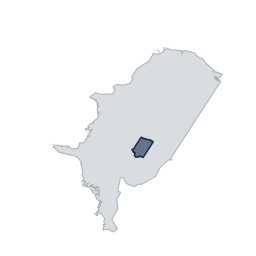 where Iowa sits in United States of America, rotated 123°
{"feature_id": "USA-3529", "entity_name": "Iowa", "entity_type": "State", "adm_level": 1, "iso_a3": "USA", "parent_name": "United States of America", "parent_adm1": "", "projection": "natural_earth1", "projection_center": [-94.248, 41.94], "detail": "fine", "context": "in_parent", "style": "filled", "palette": "slate", "viewbox_px": 256, "rotation_deg": 123, "n_neighbors": 0, "source": "natural_earth", "source_scale": "10m", "svg_char_len": 6040}
<svg xmlns="http://www.w3.org/2000/svg" viewBox="0 0 256 256"><g transform="rotate(123 128 128)"><path d="M200.7,92.7L213.8,91.6L218.3,82.1L223.3,83.8L224.0,89.6L227.2,93.5L222.4,94.9L222.2,96.0L221.3,94.6L220.2,96.9L216.5,98.5L214.3,104.4L216.7,106.9L218.1,106.6L217.7,105.5L218.2,106.0L218.4,107.2L214.2,108.0L213.3,106.7L213.0,108.5L208.2,108.9L204.6,111.3L204.9,109.9L204.5,109.1L203.7,112.2L204.8,112.8L204.6,115.5L202.3,118.9L199.6,116.8L201.1,114.6L199.4,116.1L200.2,118.5L201.4,119.9L201.6,121.5L198.8,127.1L199.6,123.5L197.0,120.2L198.4,116.7L196.0,117.8L197.1,123.0L194.7,121.4L193.9,121.5L194.6,119.9L194.5,119.4L193.8,120.7L193.8,121.8L197.5,123.8L196.7,124.7L195.0,122.9L194.4,122.6L196.5,124.8L197.4,125.2L197.0,126.5L195.8,125.5L197.6,127.5L197.2,127.8L196.3,126.8L194.1,126.3L196.9,128.2L198.7,128.1L200.6,132.9L198.9,129.2L199.5,131.6L196.2,131.1L198.7,133.5L199.8,132.8L198.4,135.0L195.3,134.2L197.2,135.4L195.6,136.4L197.6,137.2L194.1,137.7L192.5,141.2L189.2,142.2L183.2,148.5L182.4,147.8L180.2,153.7L180.1,155.1L181.2,159.6L186.0,172.8L184.6,179.7L182.3,180.1L180.0,176.4L179.5,173.3L176.2,169.7L177.2,168.1L175.6,168.2L176.2,163.6L172.3,159.0L166.4,160.1L165.3,157.4L159.5,157.1L160.2,156.1L159.2,157.1L156.6,157.6L156.6,155.6L156.1,157.0L148.2,157.4L151.6,158.4L150.4,160.3L153.0,162.2L151.7,163.2L148.8,160.7L148.6,162.6L144.7,161.8L142.5,159.4L141.2,160.6L135.4,158.7L132.1,161.4L132.9,160.6L131.1,160.0L130.2,163.2L126.7,165.3L127.5,164.7L125.2,164.4L126.0,165.5L123.3,166.9L122.3,170.5L121.1,169.9L122.1,170.9L122.3,174.2L123.3,176.2L122.5,176.9L116.1,174.4L114.7,169.5L108.0,159.8L104.5,159.2L101.1,163.1L97.0,160.5L95.3,156.1L89.9,150.8L83.5,150.8L83.4,152.8L73.2,152.8L60.2,146.6L51.5,147.4L50.5,144.1L47.0,140.9L39.5,138.4L39.7,136.0L34.0,125.3L34.3,124.2L35.5,125.6L34.9,123.3L37.7,123.1L32.4,123.4L28.8,113.4L30.2,108.2L29.3,102.3L31.1,98.4L32.9,87.5L35.5,87.8L32.7,87.2L33.8,84.3L32.8,84.3L31.7,78.2L38.1,79.2L36.4,82.5L38.8,80.2L38.3,82.9L36.7,83.5L37.8,83.6L39.1,82.5L39.8,79.8L38.5,75.6L130.9,75.6L130.9,74.0L132.7,76.6L143.1,79.6L153.7,78.5L168.2,86.1L168.9,88.1L173.9,91.2L175.6,99.0L172.4,105.2L174.1,107.2L186.5,102.3L185.9,99.4L187.0,98.9L193.9,98.7L200.7,92.7ZM209.7,110.2L211.8,109.9L204.5,111.8L210.5,109.5L209.7,110.2ZM38.7,78.2L39.4,79.9L39.3,80.1L38.2,78.9L38.7,78.2ZM123.2,175.6L122.4,172.7L122.5,171.0L122.6,172.8L123.2,175.6ZM222.9,95.1L222.9,96.0L222.6,95.8L222.9,95.1ZM142.6,160.2L142.7,160.9L142.1,160.4L142.6,160.2ZM42.3,141.1L43.2,140.7L43.3,140.8L42.3,141.1ZM41.4,140.9L41.0,141.3L40.7,140.9L41.4,140.9ZM216.1,108.2L215.6,108.7L215.4,108.6L216.1,108.2ZM123.0,169.5L122.5,170.8L123.7,168.3L123.0,169.5ZM184.6,168.4L185.5,171.0L184.4,168.2L184.6,168.4ZM46.7,143.3L47.0,144.0L46.6,143.3L46.7,143.3ZM185.0,180.1L184.3,181.0L185.4,179.2L185.0,180.1ZM200.9,134.6L200.2,135.6L200.7,133.2L200.9,134.6ZM38.0,76.8L37.9,77.3L37.6,77.0L38.0,76.8ZM126.0,166.0L124.8,166.6L126.1,165.8L126.0,166.0ZM218.2,108.4L218.2,109.1L217.5,108.9L218.2,108.4ZM46.5,145.2L46.8,146.1L46.4,145.3L46.5,145.2ZM124.5,167.1L124.0,167.4L124.4,166.9L124.5,167.1ZM201.4,122.5L200.6,123.9L201.5,122.0L201.4,122.5ZM131.7,162.0L130.9,162.5L132.1,161.6L131.7,162.0ZM180.4,154.4L180.3,155.4L180.2,154.7L180.4,154.4ZM197.9,137.4L197.6,137.6L198.4,136.8L197.9,137.4ZM168.5,159.8L167.6,160.4L167.2,160.3L168.5,159.8ZM156.2,157.4L156.1,157.6L155.5,157.6L156.2,157.4ZM178.4,173.4L178.6,174.2L178.2,173.2L178.4,173.4ZM153.7,158.9L153.6,159.6L153.5,158.4L153.7,158.9ZM182.8,182.0L182.3,182.0L183.0,181.8L182.8,182.0ZM204.5,116.0L204.1,116.6L204.5,115.7L204.5,116.0ZM199.6,135.8L199.2,136.0L199.6,135.8Z" fill="#d9dde1" stroke="#a8b0b8" stroke-width="1"/><path d="M126.0,100.2L126.1,99.8L126.1,99.7L125.9,99.6L125.9,99.4L126.4,99.3L127.5,99.3L128.6,99.3L129.7,99.3L130.8,99.3L132.0,99.3L133.1,99.3L135.3,99.3L136.4,99.3L137.6,99.3L138.7,99.3L139.8,99.3L140.9,99.3L142.0,99.3L143.2,99.3L144.3,99.3L144.3,99.5L144.4,99.8L144.5,99.8L144.8,100.0L144.8,100.4L144.6,100.6L144.6,101.0L144.6,101.4L144.7,101.5L144.7,101.8L144.8,101.9L144.9,102.0L144.9,102.3L145.0,102.6L145.3,102.7L145.9,102.8L146.0,102.9L146.3,103.0L146.5,103.4L146.5,103.5L146.4,103.6L146.5,103.8L146.8,104.0L147.1,104.2L147.2,104.3L147.2,104.6L147.3,104.7L147.4,104.8L147.5,104.9L147.9,105.1L148.0,105.2L148.1,105.3L148.1,105.5L148.2,105.9L148.1,106.1L148.1,106.3L148.0,106.5L147.9,106.7L147.7,106.8L147.6,107.0L147.5,107.3L147.5,107.5L147.3,107.7L147.2,107.7L147.2,107.8L146.7,107.9L146.5,108.1L146.4,108.1L145.3,108.3L145.1,108.4L145.1,108.5L144.9,108.9L144.9,109.0L145.0,109.3L145.3,109.5L145.4,109.8L145.5,110.0L145.4,110.2L145.4,110.4L145.0,110.8L144.9,111.0L144.9,111.3L144.8,111.5L144.6,111.7L144.4,111.7L144.2,111.8L143.9,112.0L144.0,112.2L144.0,112.3L144.0,112.5L144.0,112.8L143.8,112.9L143.7,112.9L143.4,112.7L143.3,112.4L143.2,112.4L143.1,112.2L142.9,112.2L142.8,111.9L142.7,111.8L142.4,111.9L142.0,111.9L141.6,111.9L140.6,111.9L139.9,111.9L139.3,112.0L138.0,112.0L137.2,112.0L136.8,112.0L136.3,112.0L135.9,112.0L135.6,112.0L135.2,112.0L134.8,112.0L134.4,112.0L133.5,112.0L133.1,112.0L132.8,112.0L132.0,112.0L131.6,112.0L131.2,112.0L130.8,112.0L130.0,112.0L129.7,111.9L129.3,111.9L129.0,111.9L128.7,111.9L128.6,111.7L128.4,111.5L128.3,111.4L128.3,111.2L128.4,110.9L128.4,110.7L128.5,110.7L128.4,110.5L128.4,110.4L128.4,110.2L128.3,109.9L128.3,109.7L128.3,109.4L128.2,109.3L128.1,109.2L128.3,108.9L128.2,108.8L128.1,108.7L128.1,108.4L128.1,108.2L127.9,108.1L127.9,107.9L127.7,107.8L127.6,107.7L127.5,107.4L127.5,107.2L127.6,106.9L127.6,106.7L127.4,106.4L127.3,106.2L127.3,105.9L127.2,105.8L127.1,105.7L127.0,105.4L126.9,105.2L126.7,105.1L126.7,104.9L126.7,104.7L126.7,104.4L126.5,104.2L126.6,103.8L126.5,103.6L126.4,103.6L126.2,103.5L126.2,103.4L126.2,103.2L126.1,102.9L125.8,102.7L125.7,102.6L125.7,102.4L125.8,102.3L125.8,102.2L126.0,102.1L126.0,101.9L126.0,101.7L126.1,101.4L126.2,101.2L126.3,101.1L126.3,100.9L126.3,100.6L126.2,100.5L125.9,100.4L126.0,100.3L125.9,100.3L125.9,100.2L126.0,100.2Z" fill="#64748b" stroke="#1e293b" stroke-width="1.5"/></g></svg>